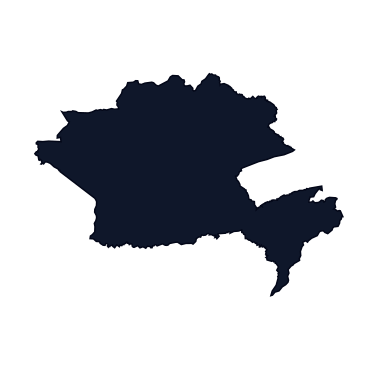 the district of Isoka, Muchinga, Zambia, rotated 69°
{"feature_id": "96606910B95554535134500", "entity_name": "Isoka", "entity_type": "district", "adm_level": 2, "iso_a3": "ZMB", "parent_name": "Zambia", "parent_adm1": "Muchinga", "projection": "natural_earth1", "projection_center": [32.81, -10.022], "detail": "fine", "context": "isolated", "style": "filled", "palette": "ink", "viewbox_px": 384, "rotation_deg": 69, "n_neighbors": 0, "source": "geoboundaries", "source_scale": "gbopen_adm2", "svg_char_len": 5954}
<svg xmlns="http://www.w3.org/2000/svg" viewBox="0 0 384 384"><g transform="rotate(69 192 192)"><path d="M213.5,289.9L213.1,289.3L213.5,288.4L212.9,287.7L213.1,285.2L214.4,285.4L216.3,284.2L214.4,281.2L217.0,279.4L215.8,278.5L216.9,276.7L216.1,275.6L216.7,274.4L216.1,273.8L216.2,272.1L215.4,271.5L215.5,270.6L216.0,270.1L216.8,270.4L217.5,269.4L218.6,269.4L218.3,267.6L219.3,266.7L221.2,267.2L222.5,266.6L222.9,265.8L222.6,261.9L225.5,260.6L225.5,257.4L227.9,255.3L226.6,253.0L228.1,250.5L229.3,250.4L229.7,249.3L228.1,248.0L228.6,246.9L227.9,245.5L228.4,244.5L229.8,243.9L229.8,238.2L232.1,236.1L232.8,234.5L232.9,233.3L232.0,231.4L233.0,225.5L233.6,223.5L237.2,220.8L237.8,216.1L239.8,210.7L241.0,209.7L239.5,206.2L237.1,204.7L236.3,201.7L237.2,200.1L235.5,198.4L236.5,197.1L237.1,194.7L236.4,192.8L236.6,191.4L237.6,190.7L238.2,191.2L238.6,189.3L241.3,186.7L240.6,186.4L240.7,185.3L241.0,185.1L242.7,186.9L242.9,185.6L244.5,185.5L243.0,182.5L240.9,183.2L240.3,182.7L242.5,175.3L242.0,173.8L242.7,173.1L242.0,172.2L243.2,170.6L244.1,171.2L243.8,167.1L245.1,162.6L245.3,159.2L247.6,160.0L248.2,159.0L249.9,158.9L251.1,157.8L254.6,158.9L255.1,157.6L257.2,156.3L257.9,155.1L260.7,153.5L260.7,152.4L261.3,151.5L262.7,151.2L262.9,149.9L265.0,150.4L265.2,147.9L267.5,148.8L267.7,148.1L266.6,146.2L268.5,146.1L268.3,144.5L269.6,144.3L270.1,143.2L270.7,143.7L272.7,142.6L273.9,144.6L275.1,144.4L276.4,145.5L277.1,145.0L277.5,145.4L278.7,144.3L278.9,145.2L279.6,145.5L279.6,146.4L280.6,145.9L282.3,146.3L285.2,142.5L285.3,141.0L286.5,140.7L286.9,139.5L288.4,139.8L288.8,139.1L292.9,138.1L295.4,140.9L298.6,139.8L298.9,140.8L300.8,141.1L301.7,142.3L303.0,142.3L309.2,146.8L313.2,152.6L317.0,155.5L317.1,153.8L315.2,150.5L315.5,146.2L312.9,141.7L312.1,137.8L310.7,134.8L308.9,133.5L304.8,132.9L302.5,130.6L298.9,130.1L296.7,126.1L296.3,123.7L295.4,122.5L294.4,116.1L292.6,115.7L290.4,113.3L286.3,112.1L282.4,108.8L281.4,106.9L278.7,106.8L278.2,103.6L280.2,102.1L279.3,100.9L278.0,96.9L277.6,90.7L274.8,87.3L274.6,85.9L275.2,83.3L277.4,82.4L279.5,80.2L277.7,74.9L276.1,73.6L275.4,72.1L276.4,68.0L274.1,65.5L271.6,64.2L270.8,62.4L268.8,61.0L269.1,60.0L262.7,60.3L262.1,61.2L262.0,63.0L259.1,64.9L258.6,65.8L257.6,63.4L254.3,63.0L251.2,61.0L250.8,59.5L250.0,59.0L248.9,60.0L246.3,65.6L246.2,68.3L246.9,70.2L248.5,71.2L248.7,72.4L247.0,72.6L246.0,74.2L247.0,76.5L247.0,78.1L246.0,81.3L243.7,82.3L244.3,84.0L243.5,86.4L242.1,86.1L239.1,83.6L240.0,80.1L237.6,77.6L234.5,72.3L234.6,71.4L235.8,71.5L237.2,69.9L233.0,68.8L230.6,80.9L230.9,82.1L229.9,83.7L230.7,85.1L230.1,86.2L230.3,87.7L229.0,91.2L229.3,93.5L228.4,96.1L228.5,98.5L229.1,99.1L228.7,99.3L229.2,101.0L228.8,101.8L229.8,102.6L229.0,104.0L228.7,106.7L227.8,107.1L228.3,110.8L229.3,113.0L229.0,114.1L229.7,114.7L229.2,115.3L230.2,115.5L228.4,119.4L229.0,120.3L228.3,120.9L229.1,121.7L228.5,122.9L229.3,124.0L228.3,124.7L228.3,127.6L229.0,127.7L228.6,128.5L229.0,131.3L229.5,132.0L230.5,131.9L229.4,132.9L230.3,134.1L230.3,136.0L230.9,136.2L231.7,138.4L229.7,137.4L226.4,138.2L223.3,137.2L221.7,139.7L220.7,139.5L219.0,141.5L215.6,140.7L212.4,140.8L211.7,141.4L209.4,140.9L208.8,141.9L208.0,141.9L203.7,145.0L201.9,144.6L198.7,144.9L197.1,145.7L192.9,145.7L193.3,144.1L191.9,141.9L190.1,140.6L189.9,138.2L188.0,137.9L187.6,136.4L187.5,119.0L188.5,110.2L188.5,102.6L190.2,92.7L190.1,83.6L189.4,81.3L186.9,83.4L185.9,83.5L185.6,84.5L184.6,84.4L184.0,85.7L183.1,85.8L182.7,87.3L179.2,89.7L178.4,89.0L177.5,90.0L175.6,87.6L174.2,87.8L172.9,89.4L172.2,89.2L172.1,90.1L171.2,90.9L170.5,90.5L169.1,91.3L168.8,92.4L167.5,92.9L166.7,94.1L165.3,93.7L163.8,94.3L161.1,96.5L158.7,96.9L158.5,97.7L156.4,96.1L155.8,94.4L155.9,92.0L155.2,91.2L155.9,89.4L154.6,88.7L155.0,87.5L154.1,86.9L152.7,87.6L151.0,87.1L150.7,88.0L149.5,87.1L149.6,86.3L148.6,84.7L145.9,84.2L145.3,82.9L144.2,83.5L143.5,83.1L142.2,84.1L140.0,84.4L135.9,87.1L134.8,88.7L133.5,88.6L133.7,89.7L132.2,89.9L132.0,90.6L130.1,89.7L128.6,90.0L128.0,92.6L128.4,93.0L127.4,93.3L127.6,94.0L126.3,95.7L126.9,97.5L127.7,97.3L127.7,98.6L127.1,100.0L124.6,101.0L125.9,104.1L124.8,105.5L125.2,106.1L124.6,107.5L123.2,108.9L121.6,109.4L121.5,110.1L119.1,110.3L118.5,111.2L118.6,112.1L117.7,112.4L117.7,113.7L116.2,115.2L114.4,114.9L114.0,116.1L112.7,117.1L111.7,116.8L109.6,118.2L109.3,117.8L106.6,119.1L106.5,120.2L105.4,120.0L102.3,123.2L101.6,126.8L102.1,127.4L99.6,127.0L98.7,126.0L97.5,126.5L95.1,125.6L94.1,125.9L92.2,128.0L91.3,128.1L90.4,130.3L88.9,131.2L88.8,133.0L87.9,133.2L88.0,133.9L91.2,138.8L92.2,143.1L94.4,144.8L95.3,148.6L98.5,152.3L98.4,154.1L97.3,154.8L95.4,154.1L91.6,155.6L91.3,158.5L90.3,161.0L88.1,161.0L86.5,159.5L84.5,159.3L83.7,161.0L78.6,163.3L76.3,168.4L76.8,171.0L79.7,174.6L81.0,185.6L79.2,187.4L76.3,188.7L75.1,190.2L73.5,196.9L73.5,200.7L71.9,203.1L68.7,202.8L67.9,204.7L68.5,207.4L66.9,212.8L69.8,215.1L71.7,219.2L71.7,220.3L74.8,222.4L80.1,229.9L82.2,229.5L82.8,230.5L84.2,230.9L85.9,230.3L88.1,230.6L87.0,234.6L85.3,237.3L84.9,242.2L83.3,244.9L83.6,246.2L82.3,247.9L81.9,251.3L81.1,252.1L81.5,256.4L81.1,260.4L77.1,270.0L75.2,271.5L73.5,274.3L73.8,275.6L72.5,278.7L72.5,280.7L71.5,283.7L70.5,284.7L81.0,282.7L82.6,281.4L85.3,284.5L86.5,289.2L90.9,297.4L93.3,298.5L93.9,295.2L98.1,296.2L93.1,307.7L91.5,313.3L89.4,317.9L90.3,319.8L91.3,320.1L92.5,318.7L95.4,319.8L96.9,319.5L98.2,321.2L99.4,321.7L98.6,322.8L99.9,325.0L101.4,324.6L103.2,322.7L107.2,323.5L107.8,322.8L107.3,322.0L109.2,321.0L109.8,321.6L110.7,321.2L111.7,323.0L112.0,322.6L111.5,321.4L112.6,320.5L111.3,318.2L112.2,316.3L114.5,314.0L119.1,311.7L122.3,308.9L124.5,308.3L124.5,307.7L125.8,307.8L162.9,285.0L164.7,284.6L166.9,284.5L170.5,286.1L173.3,288.9L175.9,290.1L179.9,289.7L182.1,290.4L184.4,292.1L186.3,294.4L189.6,295.0L194.4,297.1L196.1,300.3L196.7,302.6L199.0,303.9L200.4,300.8L203.8,299.1L205.2,296.1L207.0,296.1L209.9,294.0L210.6,292.3L209.2,290.9L209.8,289.8L211.3,289.0L212.0,290.3L213.5,289.9Z" fill="#0f172a" stroke="#020617" stroke-width="1.5"/></g></svg>